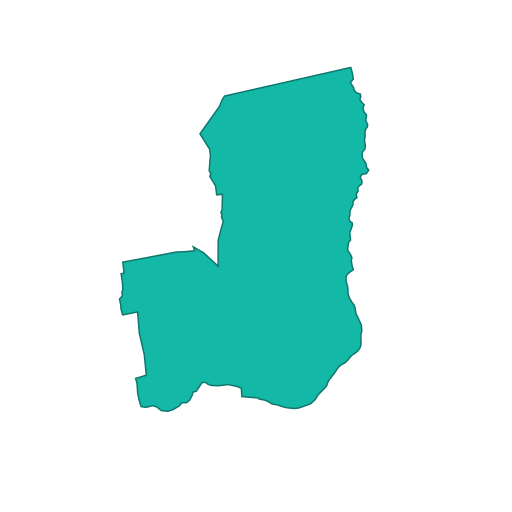 Maipú, Mendoza, Argentina, rotated 332°
{"feature_id": "61730980B18829369395752", "entity_name": "Maipú", "entity_type": "district", "adm_level": 2, "iso_a3": "ARG", "parent_name": "Argentina", "parent_adm1": "Mendoza", "projection": "equal_earth", "projection_center": [-68.638, -32.977], "detail": "fine", "context": "isolated", "style": "filled", "palette": "teal", "viewbox_px": 512, "rotation_deg": 332, "n_neighbors": 0, "source": "geoboundaries", "source_scale": "gbopen_adm2", "svg_char_len": 2610}
<svg xmlns="http://www.w3.org/2000/svg" viewBox="0 0 512 512"><g transform="rotate(332 256 256)"><path d="M135.5,198.9L131.5,209.2L128.6,208.3L126.1,215.3L125.3,217.5L122.5,223.4L120.6,225.0L119.1,228.6L115.3,229.9L113.6,235.7L112.1,239.0L111.4,241.7L110.6,245.4L125.2,249.8L116.8,269.2L111.1,290.5L103.2,309.7L92.2,307.6L91.2,312.5L87.2,321.4L85.2,328.1L83.8,335.0L87.9,338.0L94.6,339.7L97.6,342.8L99.8,348.0L102.3,349.7L105.2,351.7L110.5,352.7L118.0,352.3L121.6,350.8L125.9,352.9L129.7,352.1L134.3,349.0L136.4,346.6L139.6,347.4L144.0,345.2L146.8,343.5L149.5,342.5L152.1,344.0L153.3,346.5L155.6,349.2L161.7,352.8L171.3,356.6L178.2,362.5L181.0,365.8L177.5,373.5L188.5,380.6L190.8,381.9L191.8,384.0L195.8,387.1L198.1,389.7L200.7,394.2L204.9,397.4L207.8,400.6L211.3,403.9L217.8,408.4L221.9,410.1L226.2,410.9L229.4,411.3L233.2,411.9L235.6,412.0L241.1,410.4L245.6,407.8L249.1,406.6L254.1,405.1L257.4,403.8L259.8,401.5L262.5,399.7L271.8,395.5L274.7,393.7L277.9,392.5L280.4,392.1L284.6,392.1L288.2,391.0L290.3,390.1L292.4,389.2L294.8,388.5L297.7,388.3L300.4,387.8L302.8,387.0L305.4,385.4L307.5,382.9L309.2,379.4L311.6,374.8L313.2,373.1L314.5,371.4L316.6,366.4L316.9,361.9L317.1,357.5L317.2,354.3L317.9,351.8L319.1,348.3L319.6,345.2L319.1,342.9L318.7,337.7L319.3,333.7L320.2,330.9L321.5,328.7L322.6,325.9L323.0,323.5L323.7,320.8L324.8,318.2L326.4,316.0L328.9,314.7L331.1,314.4L335.5,313.7L336.3,309.6L338.0,304.7L339.9,302.5L340.1,299.1L339.7,293.5L342.5,289.7L344.7,287.0L347.0,286.3L349.9,279.2L352.3,277.1L355.6,274.1L356.5,271.9L355.3,269.7L355.5,266.7L356.9,265.3L358.6,263.2L359.6,261.1L361.3,259.2L363.4,258.0L365.9,256.1L367.1,253.5L370.4,252.1L372.5,251.9L373.5,248.4L376.6,246.7L377.5,243.9L379.5,242.6L383.0,242.1L384.5,240.3L384.9,237.9L384.9,235.4L388.0,233.7L392.1,235.1L395.9,233.0L395.2,230.2L396.5,225.7L396.3,223.1L396.0,219.4L397.1,216.6L398.9,214.0L402.0,213.0L404.3,210.2L405.1,207.6L405.8,205.5L406.8,203.7L408.4,201.8L410.3,197.8L412.6,195.4L414.9,194.3L416.3,192.4L416.5,187.9L418.4,185.4L419.8,183.5L419.0,179.7L419.8,175.8L422.5,173.2L421.6,170.4L421.0,166.9L423.3,164.5L424.1,161.9L421.4,159.1L420.5,155.6L421.2,153.5L421.1,151.2L420.7,147.0L424.9,145.6L426.7,140.6L427.3,138.3L428.2,134.0L303.3,100.0L299.8,102.0L293.7,106.9L263.9,121.8L265.2,139.7L263.1,145.6L254.7,158.7L254.7,162.2L252.6,164.0L253.2,175.2L250.0,183.5L255.3,185.8L248.0,198.9L245.4,201.2L245.4,203.6L243.8,205.4L243.3,210.1L236.5,217.2L230.0,224.4L221.8,239.5L217.8,247.3L211.2,228.5L204.9,218.5L204.4,222.6L195.9,219.1L187.3,215.0L180.5,212.9L135.5,198.9Z" fill="#14b8a6" stroke="#0f766e" stroke-width="1.5"/></g></svg>